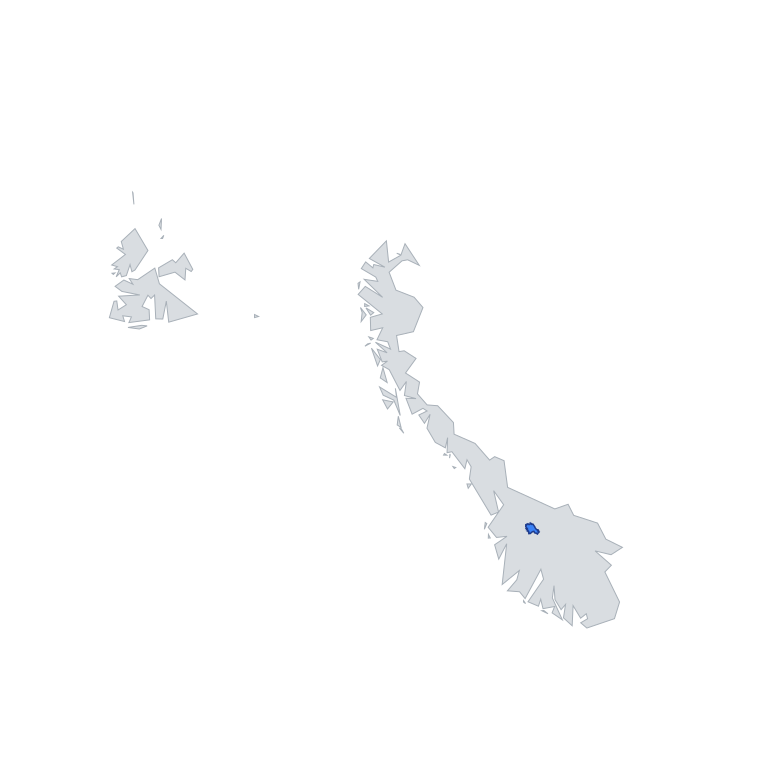 location of Folldal nor, Hedmark, Norway, rotated 296°
{"feature_id": "86288312B29283811421655", "entity_name": "Folldal nor", "entity_type": "district", "adm_level": 2, "iso_a3": "NOR", "parent_name": "Norway", "parent_adm1": "Hedmark", "projection": "albers", "projection_center": [10.131, 62.156], "detail": "fine", "context": "in_parent", "style": "filled", "palette": "blue", "viewbox_px": 768, "rotation_deg": 296, "n_neighbors": 0, "source": "geoboundaries", "source_scale": "gbopen_adm2", "svg_char_len": 5424}
<svg xmlns="http://www.w3.org/2000/svg" viewBox="0 0 768 768"><g transform="rotate(296 384 384)"><path d="M433.1,374.0L419.7,383.3L422.7,387.6L421.0,401.6L403.3,398.5L401.3,415.1L389.8,418.4L384.1,431.9L388.0,441.8L379.8,463.3L369.6,469.0L370.5,491.9L361.9,512.3L367.2,515.3L367.7,525.5L345.3,540.4L346.6,592.3L356.6,602.2L349.1,612.1L352.6,636.9L341.8,651.4L341.7,669.9L330.1,662.9L326.5,646.9L320.8,667.8L311.9,664.9L291.3,691.3L274.1,694.0L253.6,673.3L255.6,665.5L262.3,669.9L266.2,666.5L259.7,663.4L267.7,651.1L249.2,659.1L252.5,647.8L265.5,643.8L258.8,642.1L265.2,632.2L277.3,625.2L265.5,629.1L250.2,647.7L252.0,635.4L258.8,634.9L251.8,625.4L259.3,619.2L252.0,620.2L251.4,608.9L278.5,613.0L286.3,606.2L253.0,604.9L256.7,596.9L252.2,585.6L266.2,589.2L275.7,587.4L255.6,578.1L294.2,564.3L276.9,563.9L288.0,553.9L301.0,561.3L295.4,552.4L300.9,540.4L327.9,544.5L336.2,529.3L319.1,543.1L313.1,537.7L336.0,502.4L347.8,498.6L352.3,491.8L343.3,493.8L352.9,474.7L349.9,470.8L363.7,464.7L353.5,467.1L354.0,455.7L363.1,442.0L377.0,438.7L366.4,437.6L371.4,428.9L378.6,434.5L379.2,429.7L369.2,422.5L380.8,410.0L384.9,419.2L382.6,407.4L396.1,403.0L385.2,401.2L399.2,382.4L399.7,373.6L406.1,377.1L403.1,372.7L412.3,362.7L413.4,373.1L417.8,358.0L418.2,374.6L423.6,368.8L420.7,358.3L434.0,358.2L426.2,348.6L437.9,342.5L446.2,351.7L453.2,321.5L463.5,324.4L461.3,344.8L469.4,320.3L473.5,333.4L476.5,329.7L477.8,313.0L485.7,314.0L483.5,323.1L486.9,322.4L489.4,333.6L490.4,315.8L513.7,323.4L495.6,334.7L507.2,342.7L519.3,341.4L506.1,363.7L506.0,350.8L502.6,346.2L486.7,339.6L473.6,353.6L475.2,373.0L469.8,385.5L443.9,387.5L433.1,374.0ZM353.9,99.5L363.4,104.6L363.6,114.6L367.1,108.8L369.8,116.9L387.7,127.2L375.6,138.2L365.2,185.7L345.2,163.4L363.1,152.0L345.4,156.7L342.5,150.3L363.4,138.8L358.7,137.1L360.3,132.9L347.6,132.6L347.8,140.3L338.9,145.2L327.4,127.8L333.6,127.6L330.8,119.3L326.4,123.4L323.2,108.1L340.0,105.1L341.5,107.4L333.9,112.5L342.3,117.7L346.6,107.0L357.0,125.5L352.3,107.9L353.9,99.5ZM371.6,87.1L387.1,94.8L389.0,84.2L390.8,85.0L390.9,90.7L396.9,85.4L414.5,92.1L400.5,113.3L377.3,110.2L374.4,108.2L380.0,103.4L368.5,104.9L365.3,101.2L368.3,98.2L362.9,96.3L370.7,95.9L369.1,91.0L372.6,93.0L371.6,87.1ZM389.6,130.5L402.9,139.3L401.7,143.7L414.0,147.0L403.2,161.9L400.6,161.4L401.1,155.1L390.3,159.5L392.9,147.1L381.8,134.8L389.6,130.5ZM377.5,401.1L385.1,396.1L362.8,412.4L373.8,399.9L373.6,388.2L379.4,381.3L377.5,401.1ZM387.8,378.0L398.2,375.9L386.7,386.2L387.8,378.0ZM397.4,370.3L410.7,357.0L404.4,370.0L397.4,370.3ZM322.6,129.1L330.5,140.5L332.4,145.6L326.2,140.0L322.6,129.1ZM369.2,389.7L371.9,400.1L363.1,398.1L369.2,389.7ZM442.4,329.3L438.3,337.7L430.1,336.1L438.7,333.0L442.4,329.3ZM444.5,334.4L443.7,343.5L440.0,341.8L444.5,334.4ZM353.0,413.8L361.3,411.0L352.4,418.4L353.0,413.8ZM445.8,74.6L435.8,80.5L446.1,74.0L445.8,74.6ZM428.0,112.1L435.2,111.5L425.2,115.8L428.0,112.1ZM458.0,319.7L463.1,316.5L465.3,317.7L458.0,319.7ZM447.8,331.4L447.6,336.2L445.2,332.6L447.8,331.4ZM419.7,349.7L420.3,354.4L417.8,353.1L419.7,349.7ZM389.7,237.2L389.7,241.7L386.9,238.5L389.7,237.2ZM421.1,120.9L417.7,121.2L417.0,119.8L421.1,120.9ZM330.5,502.4L332.4,506.3L327.2,505.4L330.5,502.4ZM409.6,350.3L412.8,351.6L414.9,354.1L409.6,350.3ZM364.3,91.0L365.9,93.5L363.8,92.7L364.3,91.0ZM303.6,537.6L297.4,537.9L303.9,535.7L303.6,537.6ZM294.6,543.8L292.2,547.0L291.2,545.3L294.6,543.8ZM351.1,419.5L348.4,423.4L351.3,417.0L351.1,419.5ZM250.5,626.9L249.4,632.1L249.4,625.2L250.5,626.9ZM347.6,471.7L346.2,468.7L348.0,468.8L347.6,471.7ZM507.1,338.1L507.6,341.9L507.2,341.3L507.1,338.1ZM349.3,474.6L346.1,475.4L350.0,473.9L349.3,474.6ZM340.0,482.1L340.4,485.1L338.8,484.2L340.0,482.1ZM250.5,604.4L248.7,607.5L249.2,604.9L250.5,604.4Z" fill="#d9dde1" stroke="#a8b0b8" stroke-width="1"/><path d="M320.4,586.4L320.5,586.3L320.4,586.1L319.9,585.8L320.0,585.5L320.1,585.2L320.2,584.7L320.5,583.8L321.2,582.6L321.4,582.4L321.8,582.1L322.0,581.6L322.2,581.3L322.4,581.0L322.8,580.2L323.0,580.0L323.0,579.9L323.1,579.7L323.3,579.5L323.3,579.4L323.2,579.3L323.2,579.2L323.1,578.9L323.1,578.7L323.1,578.8L323.1,578.7L323.0,578.8L323.0,578.7L322.9,578.7L322.7,578.4L322.7,578.2L322.7,577.9L322.8,577.8L322.8,577.7L322.8,577.4L322.8,577.2L322.7,577.1L322.8,577.0L322.7,577.0L322.7,576.9L322.6,577.0L322.6,576.9L322.4,576.8L322.4,576.7L322.2,576.6L322.0,576.4L321.2,576.0L321.4,575.1L321.5,574.6L320.9,574.2L320.6,574.2L320.5,573.8L320.2,573.9L319.7,573.9L319.6,573.2L317.8,574.0L317.8,574.4L317.5,575.1L317.1,575.4L316.3,575.0L316.1,575.4L316.1,575.5L316.3,575.6L316.4,575.8L316.5,575.8L316.4,575.8L316.2,575.9L316.2,576.0L316.3,576.1L316.2,576.1L316.3,576.1L316.3,576.3L316.2,576.3L316.3,576.4L316.2,576.5L316.1,576.8L315.9,576.9L315.8,577.0L315.7,577.0L315.4,577.3L315.2,577.4L315.1,577.5L314.9,577.6L314.9,577.8L314.8,577.7L314.8,577.8L314.4,578.7L314.2,578.8L314.3,578.8L314.2,578.9L313.8,579.4L313.8,579.5L313.7,579.5L313.4,579.5L313.0,579.8L313.2,580.1L313.3,580.3L313.8,581.1L315.3,581.6L316.6,582.4L317.0,582.9L317.1,583.0L317.3,583.3L317.3,583.5L316.8,583.9L316.3,584.6L316.3,584.9L316.3,585.0L316.4,585.5L316.7,586.4L316.4,587.3L316.4,587.7L317.3,587.7L317.9,588.0L318.2,588.1L318.6,588.2L318.5,587.9L318.5,587.7L318.9,587.5L319.0,587.5L319.0,587.4L319.2,587.5L319.3,587.5L319.5,587.6L319.6,587.3L319.8,587.2L319.9,586.9L320.0,586.9L320.0,586.7L320.1,586.4L320.3,586.4L320.4,586.4Z" fill="#3b82f6" stroke="#1e3a8a" stroke-width="1.5"/></g></svg>